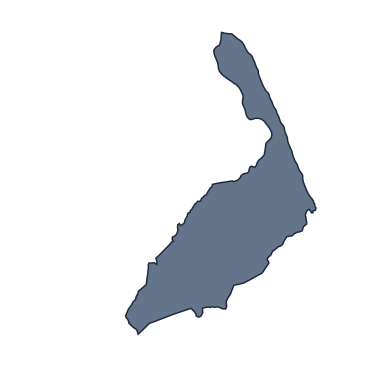 the district of Maraú, Bahia, Brazil, rotated 326°
{"feature_id": "56859067B48056481531186", "entity_name": "Maraú", "entity_type": "district", "adm_level": 2, "iso_a3": "BRA", "parent_name": "Brazil", "parent_adm1": "Bahia", "projection": "robinson", "projection_center": [-39.108, -14.083], "detail": "fine", "context": "isolated", "style": "filled", "palette": "slate", "viewbox_px": 384, "rotation_deg": 326, "n_neighbors": 0, "source": "geoboundaries", "source_scale": "gbopen_adm2", "svg_char_len": 4311}
<svg xmlns="http://www.w3.org/2000/svg" viewBox="0 0 384 384"><g transform="rotate(326 192 192)"><path d="M115.0,227.8L114.4,229.2L108.9,235.8L106.3,238.6L102.4,243.1L94.3,244.1L92.2,244.2L90.3,246.0L87.5,247.3L86.2,248.5L84.7,249.7L82.9,249.9L81.2,250.4L79.1,251.5L77.6,252.2L75.6,253.0L73.6,253.7L67.8,257.5L67.1,259.5L67.5,261.7L67.1,263.6L66.3,265.6L66.7,267.2L67.2,269.8L68.0,272.4L68.8,274.1L69.0,276.0L68.4,277.9L67.8,279.7L73.4,278.9L83.2,277.1L90.9,279.0L100.6,281.2L109.9,283.4L126.2,287.9L126.5,290.0L127.0,292.7L127.1,295.1L126.2,297.3L127.7,299.5L129.6,300.0L131.6,299.1L133.6,297.9L134.6,296.0L135.7,294.2L137.4,294.9L138.9,295.3L141.0,296.3L142.9,298.1L145.1,298.5L146.2,300.3L148.8,301.4L149.8,302.5L150.7,303.7L151.8,305.7L153.2,306.7L154.3,307.8L156.1,306.8L157.3,305.4L158.4,303.1L159.5,301.6L160.9,301.0L162.2,300.0L164.9,298.9L167.0,298.1L168.7,296.7L171.0,295.2L172.9,293.8L174.5,292.7L183.7,296.4L191.4,297.2L193.0,297.3L198.4,297.8L204.9,298.4L216.0,293.9L216.5,292.2L216.5,289.8L219.4,288.6L221.1,288.5L222.7,288.1L224.1,287.1L225.5,286.3L228.9,286.1L231.3,285.9L232.7,285.6L234.3,286.1L236.7,286.4L238.6,285.7L240.1,284.6L241.7,283.8L244.0,282.8L245.9,282.1L247.8,282.9L249.3,283.8L250.9,284.3L252.9,283.7L255.0,284.1L256.8,284.1L258.1,284.9L259.7,285.4L261.3,285.8L262.8,284.9L264.7,283.3L266.5,282.8L269.0,282.7L270.4,280.8L270.9,279.1L271.7,277.8L272.4,276.1L273.1,274.3L274.9,273.1L276.7,271.9L279.3,271.6L279.6,273.8L279.4,276.1L280.7,276.8L281.7,275.4L284.0,276.1L285.8,274.7L285.9,272.6L287.1,270.3L286.8,268.7L287.7,267.2L287.7,265.3L287.4,263.4L287.3,261.1L287.4,258.9L287.7,256.1L288.1,254.0L288.5,252.0L288.9,250.1L289.5,247.6L290.0,245.7L290.7,244.0L291.5,242.4L292.8,240.6L293.3,238.9L293.1,236.4L293.1,234.0L293.5,231.5L294.2,229.4L294.7,227.4L294.6,224.6L294.9,223.0L295.3,221.4L295.9,218.9L296.5,216.6L297.7,213.9L297.9,211.6L298.3,209.9L298.6,208.3L298.9,206.6L299.4,204.5L300.3,202.3L301.4,200.3L301.8,198.8L302.2,196.6L302.6,194.8L303.1,193.0L304.0,191.3L304.7,189.2L304.7,187.0L304.4,185.2L304.7,182.6L305.2,180.9L305.7,179.2L306.2,176.7L306.4,174.0L307.4,171.3L307.5,169.1L307.4,167.3L307.8,165.1L308.4,163.1L308.9,160.8L309.0,158.9L309.2,157.3L309.7,155.8L310.4,154.1L310.4,151.8L309.9,149.7L310.0,147.0L310.3,144.0L310.7,141.8L311.1,139.8L311.7,137.2L312.2,134.7L312.7,132.7L313.3,130.8L314.4,129.0L315.0,127.2L315.0,125.0L315.6,122.8L316.0,121.1L316.5,119.4L316.8,117.8L316.8,116.1L317.5,114.6L317.7,112.5L317.4,110.9L316.7,109.2L316.5,106.7L316.4,104.5L316.6,102.7L317.2,100.0L317.4,97.8L317.3,95.3L316.6,93.1L315.5,90.5L314.8,87.8L314.2,86.1L313.8,84.1L312.5,82.3L311.2,81.7L310.0,80.3L308.7,79.5L305.7,76.2L301.5,81.6L298.8,84.1L296.3,85.6L293.1,85.3L289.5,86.6L288.3,88.3L287.1,91.7L286.0,97.1L285.4,99.5L284.5,101.7L283.5,103.5L282.5,105.9L282.3,108.1L282.5,110.7L283.3,113.8L284.9,118.3L286.3,121.7L287.6,125.3L288.9,128.1L289.4,131.4L289.3,134.4L288.6,139.1L288.0,141.1L285.9,143.6L283.9,145.9L283.0,148.0L282.6,150.6L282.0,153.6L280.7,156.5L280.2,158.4L279.8,160.5L279.9,162.4L280.4,164.1L282.1,165.3L283.6,165.7L285.8,166.4L288.2,168.0L289.6,169.5L290.8,171.7L291.5,174.0L291.7,178.2L291.9,180.6L291.7,184.5L291.2,187.3L290.1,189.3L288.4,191.0L286.4,191.9L283.5,192.3L281.1,192.8L279.6,193.9L277.5,196.5L275.3,198.9L274.1,200.1L272.6,201.6L270.4,202.3L268.6,202.6L266.8,202.8L265.4,203.0L263.4,203.6L262.1,204.4L260.5,205.8L258.1,206.6L256.8,205.6L255.9,203.9L253.9,203.7L251.9,205.3L250.3,207.0L248.1,207.2L246.5,206.3L244.4,205.6L241.7,205.9L240.2,207.0L237.7,207.5L236.0,207.7L234.2,207.2L232.5,206.7L231.7,205.4L217.6,198.8L213.1,197.1L212.1,198.4L210.6,199.0L209.2,198.9L207.4,199.8L205.5,200.6L204.1,201.4L202.2,202.4L200.3,201.8L198.7,202.6L196.4,202.6L194.2,204.1L192.7,203.8L191.5,202.9L190.0,203.4L187.3,203.8L185.8,204.6L183.6,205.4L182.0,206.4L180.2,206.4L179.0,208.0L177.4,207.2L175.9,207.8L174.7,209.2L172.7,210.2L170.7,211.2L169.2,212.5L167.6,213.6L165.7,213.5L163.6,213.4L163.9,211.2L161.8,211.2L160.2,213.2L159.5,215.1L157.9,216.7L155.8,218.3L153.5,218.8L152.0,218.8L150.7,218.3L149.0,220.4L149.3,222.4L147.8,222.1L146.3,222.3L144.7,222.9L136.2,224.7L129.8,226.0L126.3,226.5L124.9,226.8L124.3,230.0L122.3,232.2L121.7,230.7L120.8,229.3L118.6,228.2L116.6,226.9L115.0,227.8Z" fill="#64748b" stroke="#1e293b" stroke-width="1.5"/></g></svg>